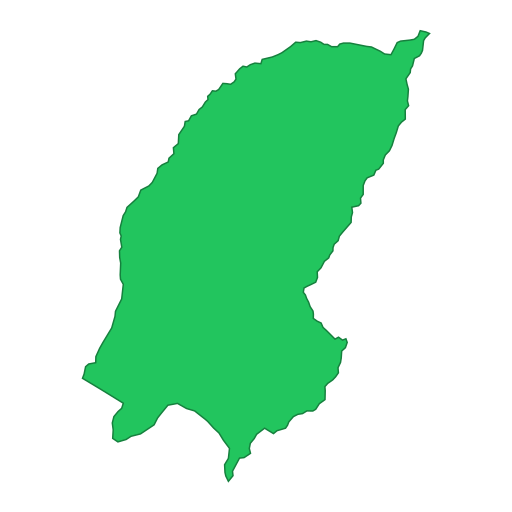 Águas Belas, Pernambuco, Brazil (Mercator projection)
{"feature_id": "56859067B72970478778439", "entity_name": "Águas Belas", "entity_type": "district", "adm_level": 2, "iso_a3": "BRA", "parent_name": "Brazil", "parent_adm1": "Pernambuco", "projection": "mercator", "projection_center": [-37.018, -9.099], "detail": "fine", "context": "isolated", "style": "filled", "palette": "green", "viewbox_px": 512, "rotation_deg": 0, "n_neighbors": 0, "source": "geoboundaries", "source_scale": "gbopen_adm2", "svg_char_len": 2927}
<svg xmlns="http://www.w3.org/2000/svg" viewBox="0 0 512 512"><path d="M429.5,33.5L426.0,32.0L420.2,30.7L418.0,36.3L414.3,39.3L409.9,40.1L400.6,41.1L397.2,42.6L393.9,49.3L391.0,54.7L384.6,54.0L380.2,51.2L376.4,49.4L371.5,47.0L366.6,46.4L350.0,43.1L343.4,43.1L339.7,44.1L337.6,46.7L331.6,46.7L327.5,44.4L324.0,44.4L320.7,42.2L316.0,40.6L311.0,41.8L306.4,41.1L300.4,42.6L295.7,42.2L290.6,46.6L281.8,52.8L278.0,54.7L272.3,57.0L262.2,59.4L260.9,63.7L254.9,63.1L250.3,64.7L246.8,67.0L243.0,66.2L239.7,68.8L235.3,73.8L236.0,79.1L234.1,81.9L230.6,84.3L226.8,83.7L222.9,83.4L218.7,89.5L215.9,91.2L212.4,90.8L210.0,94.3L207.7,96.3L208.0,99.6L205.4,102.0L202.3,107.0L199.1,109.5L196.5,114.1L191.4,115.8L188.6,120.8L185.2,121.5L184.4,126.3L178.8,134.6L178.3,143.6L173.4,147.7L173.9,153.7L169.0,158.2L168.2,162.0L162.0,164.9L157.8,168.4L157.1,173.3L152.3,182.4L148.8,186.0L144.1,188.4L140.8,190.1L138.3,196.9L134.4,200.7L127.0,207.4L125.6,211.8L123.2,215.6L120.2,227.5L119.9,232.9L121.2,236.0L120.5,239.4L121.8,247.2L119.5,250.8L119.7,257.5L120.7,263.1L120.2,274.9L120.5,279.2L123.3,284.3L122.3,293.4L121.7,298.9L115.5,311.3L115.0,316.4L111.7,328.0L103.1,342.2L99.7,348.2L95.9,356.6L95.7,362.7L88.7,364.0L85.6,366.7L84.1,374.1L82.5,378.3L99.8,388.7L123.3,403.2L121.7,408.3L118.1,411.5L113.9,416.6L112.3,423.0L113.2,429.9L112.7,438.4L117.9,441.9L126.1,439.5L131.0,436.3L140.5,433.9L154.1,424.8L157.6,417.9L161.5,413.0L167.9,405.2L177.5,403.4L186.5,408.5L194.6,410.9L205.4,419.4L207.7,421.4L213.6,428.0L219.0,433.0L223.4,440.2L229.5,448.4L228.4,458.4L224.6,464.7L225.0,472.5L225.8,476.0L228.4,481.3L233.0,475.7L232.5,471.2L239.5,458.1L244.1,457.6L250.5,453.3L249.3,448.5L250.3,443.3L254.2,438.6L256.6,434.3L264.6,428.2L273.5,433.6L277.0,430.7L285.5,428.2L287.5,425.3L288.8,421.9L293.4,416.6L297.9,414.3L302.5,413.6L306.9,410.9L312.8,411.0L315.7,409.3L319.3,403.7L325.0,399.6L325.2,390.6L324.9,386.6L327.7,383.4L332.7,379.9L335.6,376.8L338.4,372.8L338.0,367.7L340.5,362.5L341.2,358.2L341.7,351.0L345.4,347.7L347.2,342.4L345.9,338.8L342.5,340.1L338.5,337.2L335.0,339.1L326.5,330.6L323.0,327.4L321.1,323.0L317.2,321.2L313.3,318.4L313.4,314.2L313.0,311.1L310.1,306.6L308.6,302.2L306.6,298.4L305.4,295.0L303.3,292.3L304.0,288.0L307.1,286.3L311.0,284.5L315.7,282.2L317.5,277.4L317.2,271.8L321.0,267.8L324.4,261.3L328.7,257.9L329.8,254.9L332.9,250.9L333.0,247.6L334.2,244.2L338.1,240.7L339.4,236.1L342.7,232.1L351.1,222.4L351.3,216.9L352.5,212.6L351.8,207.2L358.6,205.7L360.9,203.2L360.5,198.1L363.2,194.4L363.2,185.5L365.0,180.8L367.2,177.8L373.8,175.1L375.9,170.2L378.7,169.1L383.3,163.3L383.3,159.9L385.3,155.0L389.4,150.8L392.0,145.5L394.1,138.6L396.2,132.9L398.3,126.0L401.4,122.2L405.3,119.1L405.2,109.6L408.6,105.7L407.4,100.9L407.9,96.6L408.4,89.2L407.0,84.1L405.9,78.8L410.2,72.6L410.6,68.9L412.5,65.9L414.3,58.5L419.5,55.8L421.3,53.2L422.5,50.4L423.6,40.6L425.2,37.9L429.5,33.5Z" fill="#22c55e" stroke="#15803d" stroke-width="1.5"/></svg>